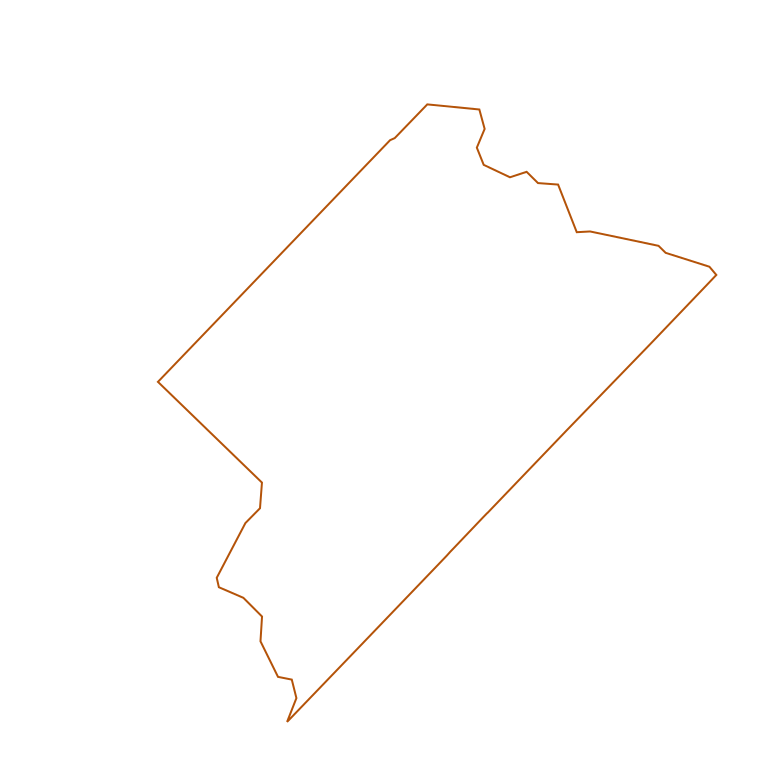 the district of Teton, Idaho, United States of America, rotated 44°
{"feature_id": "52423323B31857340123738", "entity_name": "Teton", "entity_type": "district", "adm_level": 2, "iso_a3": "USA", "parent_name": "United States of America", "parent_adm1": "Idaho", "projection": "mercator", "projection_center": [-111.172, 43.743], "detail": "fine", "context": "isolated", "style": "outline", "palette": "amber", "viewbox_px": 768, "rotation_deg": 44, "n_neighbors": 0, "source": "geoboundaries", "source_scale": "gbopen_adm2", "svg_char_len": 676}
<svg xmlns="http://www.w3.org/2000/svg" viewBox="0 0 768 768"><g transform="rotate(44 384 384)"><path d="M220.9,152.8L220.9,199.7L219.0,204.4L219.9,539.5L364.7,539.7L381.1,559.5L380.9,580.3L398.3,639.6L406.4,644.9L431.4,635.5L457.8,636.0L473.9,654.9L511.2,668.3L523.0,660.7L539.2,670.8L549.0,694.4L548.8,589.4L548.5,491.9L548.4,463.8L548.2,458.8L548.2,457.6L548.2,455.0L547.9,411.1L547.9,405.4L548.0,404.8L547.6,290.6L547.8,171.5L547.4,85.6L547.3,74.7L536.6,73.6L495.5,94.0L485.5,93.9L426.3,131.1L417.2,140.9L370.7,119.6L355.2,132.5L339.2,132.3L331.0,147.8L303.5,157.1L286.6,149.5L279.2,130.6L261.9,120.3L220.9,152.8Z" fill="none" stroke="#b45309" stroke-width="2"/></g></svg>